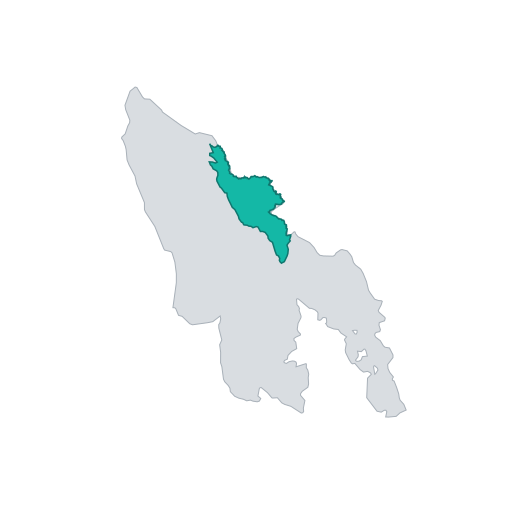 At-Bashy, Naryn, Kyrgyzstan shown in context, rotated 246°
{"feature_id": "92254566B65067062849500", "entity_name": "At-Bashy", "entity_type": "district", "adm_level": 2, "iso_a3": "KGZ", "parent_name": "Kyrgyzstan", "parent_adm1": "Naryn", "projection": "orthographic", "projection_center": [76.301, 40.827], "detail": "fine", "context": "in_parent", "style": "filled", "palette": "teal", "viewbox_px": 512, "rotation_deg": 246, "n_neighbors": 0, "source": "geoboundaries", "source_scale": "gbopen_adm2", "svg_char_len": 9531}
<svg xmlns="http://www.w3.org/2000/svg" viewBox="0 0 512 512"><g transform="rotate(246 256 256)"><path d="M118.3,300.2L119.6,299.5L123.5,298.9L131.3,298.6L133.9,299.3L139.1,302.8L143.2,302.7L143.9,303.1L145.3,305.9L151.2,302.2L155.4,301.3L157.7,297.4L162.3,292.8L166.1,292.2L166.1,293.0L166.8,293.7L170.6,295.0L171.8,293.8L172.5,292.1L171.3,289.3L171.3,288.1L172.6,286.5L178.6,289.4L180.0,289.4L182.8,288.0L185.5,285.5L186.5,283.5L199.2,277.4L200.2,276.3L200.0,275.4L194.8,273.6L192.5,274.4L190.3,274.3L189.0,273.3L182.7,272.7L181.3,271.9L177.3,267.0L172.2,263.8L169.7,263.8L166.6,264.9L165.7,264.3L165.7,259.8L165.2,257.1L163.4,256.4L161.1,257.3L154.8,255.5L154.3,249.8L152.2,244.8L149.0,242.6L149.0,239.6L147.9,238.3L146.9,238.6L145.5,240.0L146.0,243.3L145.3,246.6L144.4,248.2L142.9,249.4L141.3,249.3L138.5,247.5L137.4,257.5L136.9,258.1L133.5,256.5L130.7,256.9L126.6,256.1L123.6,254.2L117.7,252.0L115.0,250.0L113.6,243.2L112.1,240.7L110.6,240.0L104.1,241.9L97.8,237.4L94.6,236.3L93.8,235.0L94.1,233.5L104.5,226.7L108.8,221.8L111.4,219.8L117.8,217.9L119.5,213.3L120.0,212.8L126.5,210.9L133.8,207.2L134.0,206.0L133.4,205.0L127.3,200.8L123.9,202.4L122.1,200.1L122.3,197.8L124.7,194.1L126.6,192.3L127.5,188.6L130.2,186.3L133.1,182.5L136.5,179.5L142.5,177.4L145.8,178.4L148.9,178.0L153.8,176.3L156.7,176.2L168.8,179.8L172.9,180.2L182.3,184.5L189.7,186.7L193.2,190.6L205.2,192.7L208.4,194.0L209.6,195.8L212.9,198.2L215.8,198.9L213.6,189.8L214.8,184.5L219.0,170.0L221.1,167.9L230.9,164.0L233.3,161.1L240.3,161.3L241.7,160.8L242.6,159.1L263.9,172.3L272.1,176.0L283.4,179.4L293.0,180.6L294.7,179.9L298.6,174.9L300.4,174.7L324.2,175.6L341.3,172.9L343.8,173.0L350.2,175.8L370.4,176.3L378.3,178.0L390.9,177.1L396.2,177.3L405.9,180.6L409.2,181.3L415.5,181.6L417.9,181.0L419.2,181.7L420.8,186.2L426.9,191.8L429.2,194.8L431.4,196.0L442.7,196.5L447.0,197.6L457.8,208.0L459.5,214.3L458.4,215.7L447.4,217.0L444.9,218.0L442.4,222.8L427.7,229.1L425.5,229.1L405.8,240.6L392.2,250.1L391.7,254.5L383.8,264.7L377.6,266.1L372.5,265.9L363.9,269.1L353.0,268.2L349.2,268.4L342.0,267.1L339.1,267.9L336.1,269.9L331.8,278.0L330.1,279.8L329.3,281.7L328.7,285.6L327.1,289.7L323.5,296.0L320.4,298.9L317.5,300.7L315.2,296.9L311.5,299.5L308.0,299.0L305.8,299.7L300.9,303.0L293.6,302.9L292.9,301.7L291.5,292.6L290.3,288.3L289.2,287.3L288.0,287.2L277.5,294.2L272.7,295.4L268.7,295.6L263.6,293.4L262.5,293.9L261.6,295.0L261.2,296.5L262.6,300.6L262.2,301.4L259.9,301.3L256.6,302.2L246.4,310.4L240.1,312.5L234.2,313.2L230.7,314.6L228.6,317.7L224.5,326.3L224.6,328.1L226.2,330.5L227.2,335.8L226.9,337.2L223.6,341.4L219.6,342.6L216.4,343.2L210.4,342.4L207.2,343.2L201.4,346.3L196.6,346.8L187.7,346.5L179.0,344.9L176.1,345.2L168.3,346.8L165.5,349.8L164.0,352.5L163.2,352.9L160.2,350.2L156.5,345.5L154.5,345.5L147.4,348.8L146.4,348.6L144.5,347.1L145.0,341.5L142.8,340.2L138.1,339.7L136.6,338.3L137.3,334.7L136.8,333.3L135.6,332.2L133.2,332.3L128.1,335.1L122.2,335.8L120.2,336.7L117.7,340.5L109.9,340.9L107.5,339.8L103.3,332.1L99.4,330.8L95.3,330.8L89.6,332.3L88.4,330.6L87.0,330.1L85.6,331.3L78.9,331.0L72.0,330.3L68.2,329.2L65.6,329.0L60.4,330.7L54.2,330.5L54.1,323.6L52.5,318.8L55.0,311.4L56.2,309.0L60.6,312.2L62.3,311.9L62.9,310.4L62.4,306.9L65.0,303.4L81.5,299.5L99.0,308.2L101.0,313.2L102.6,313.1L105.2,311.1L106.2,307.0L109.9,304.9L117.7,302.6L118.3,300.2ZM126.6,317.6L127.0,316.9L125.8,313.3L127.8,310.0L124.2,309.3L122.4,308.2L120.5,304.7L119.8,304.5L118.7,305.3L118.0,307.5L118.4,309.9L120.8,312.3L119.3,317.0L124.7,317.9L126.6,317.6ZM107.6,319.7L107.5,318.7L106.3,318.1L99.6,316.4L99.8,317.3L102.2,321.0L104.1,321.3L107.6,319.7ZM148.1,315.9L148.6,313.8L144.5,314.8L143.9,315.9L145.2,317.4L147.0,318.0L148.1,315.9Z" fill="#d9dde1" stroke="#a8b0b8" stroke-width="1"/><path d="M239.3,279.6L243.3,284.3L245.3,286.1L249.0,288.2L253.3,288.7L254.5,290.5L255.9,293.4L257.2,293.2L259.8,295.7L260.5,295.9L261.6,296.9L261.0,296.2L261.0,295.9L260.7,295.3L260.8,295.2L261.2,295.3L261.5,295.2L261.6,294.7L261.6,294.3L261.9,293.5L261.8,293.2L261.8,292.8L262.6,292.0L263.7,292.5L264.1,292.5L264.7,293.1L265.3,293.2L265.7,293.5L265.6,293.8L265.9,294.1L266.9,294.6L267.0,294.8L267.7,295.3L267.9,295.3L268.1,295.5L269.2,294.8L269.6,295.3L269.9,295.5L270.2,295.4L270.2,295.7L270.5,295.9L270.9,295.7L271.4,296.1L271.7,296.0L271.9,296.4L272.3,296.3L272.5,295.8L272.8,295.7L273.2,295.3L273.3,295.3L273.8,295.1L274.0,295.4L274.9,295.4L275.4,295.8L276.1,295.8L276.5,295.8L276.8,295.9L277.4,295.8L277.4,295.2L278.2,294.7L278.1,294.2L278.8,294.2L279.0,294.3L279.8,293.7L279.8,293.4L279.7,293.3L279.8,293.0L280.3,292.5L280.8,292.3L280.8,291.7L281.2,291.8L281.4,291.6L281.7,291.5L282.4,291.0L282.8,291.1L283.0,290.8L283.8,290.8L284.0,290.6L284.6,290.2L285.0,289.5L285.3,289.5L285.6,288.9L285.8,288.3L286.4,288.2L286.7,287.6L287.8,286.8L288.2,286.7L288.5,286.3L289.3,285.9L289.7,285.9L290.4,285.5L290.7,285.4L290.8,285.5L291.0,285.4L291.0,285.6L290.8,285.9L290.8,286.1L290.7,286.3L291.3,286.3L291.5,286.6L291.3,286.9L291.5,287.0L292.0,287.4L292.1,287.6L291.8,288.1L291.7,288.7L291.8,289.8L291.7,290.3L291.8,290.4L291.7,291.1L292.4,292.0L292.3,292.3L292.6,293.1L293.0,293.2L293.3,293.6L293.7,293.4L294.1,293.5L294.0,293.8L294.3,294.2L294.6,294.2L295.4,294.8L295.2,295.1L295.3,295.3L294.8,295.7L294.9,296.2L294.5,296.6L294.2,296.8L294.2,297.1L293.8,297.3L293.7,297.9L293.4,298.5L293.4,299.3L293.1,300.0L293.1,300.5L293.8,301.0L293.8,301.3L294.0,301.5L293.9,302.1L294.2,302.4L294.3,302.5L294.5,303.0L294.2,303.2L294.1,303.5L294.2,303.9L294.3,303.9L294.5,304.1L294.8,303.9L295.0,303.8L295.3,303.6L295.3,303.3L295.7,302.9L295.9,302.9L296.0,303.4L296.5,303.0L297.4,303.2L297.8,302.7L298.4,302.5L298.4,302.4L298.5,302.3L298.6,302.0L299.2,301.8L299.4,302.5L300.1,302.7L300.6,302.5L300.8,302.7L301.1,302.6L301.3,302.9L301.7,302.9L301.9,303.1L302.2,303.1L302.3,303.6L302.7,303.5L302.8,303.3L303.0,303.1L302.9,302.9L303.1,302.6L302.8,302.2L302.8,301.7L303.5,301.2L303.6,300.8L304.1,300.3L304.2,300.0L303.9,299.8L304.0,299.6L304.7,299.3L305.0,299.4L305.3,299.3L305.5,299.4L305.5,299.8L305.8,299.9L306.0,300.1L306.1,300.5L306.4,300.7L307.4,300.5L307.2,299.7L307.0,299.3L307.5,298.9L308.0,298.9L308.2,298.6L309.0,298.7L309.2,298.9L310.1,298.5L310.5,298.5L310.9,298.9L311.2,298.9L311.9,299.3L312.5,299.4L312.9,298.9L313.4,298.8L313.7,298.4L314.1,298.2L314.3,297.7L315.0,297.5L315.0,297.3L315.4,297.1L315.8,296.5L316.3,296.9L316.0,297.8L316.6,298.1L317.2,298.1L317.3,298.7L317.8,299.0L317.4,300.1L317.7,300.3L318.1,301.3L318.4,301.2L318.3,300.8L318.4,300.5L318.8,300.1L318.8,299.6L319.2,299.0L319.8,298.9L319.8,299.4L319.9,299.6L320.6,299.4L320.9,299.0L321.3,299.1L322.0,298.9L322.2,298.7L322.1,298.3L322.4,298.2L322.6,297.7L322.8,297.6L323.2,297.6L323.4,297.4L323.5,297.0L324.4,297.1L324.4,296.2L325.6,295.2L325.5,294.8L325.6,294.7L325.5,294.1L325.7,293.9L325.7,293.3L325.4,293.1L326.1,291.9L326.0,291.6L326.3,290.9L326.7,290.6L326.9,290.2L327.7,289.7L327.8,289.2L328.1,289.1L328.0,288.4L328.3,288.1L328.9,287.9L329.3,288.0L329.6,287.6L329.9,287.5L329.8,286.9L329.6,286.2L329.7,285.9L330.0,285.5L329.9,284.7L330.4,284.3L330.6,284.0L330.3,283.3L329.7,282.9L329.6,282.5L329.6,282.0L329.5,281.8L329.3,281.3L329.5,280.9L329.3,280.7L330.4,280.1L330.4,279.7L331.0,280.0L331.4,279.7L331.6,279.4L331.7,279.0L331.9,278.6L331.9,278.4L332.0,278.4L331.9,278.2L332.6,278.0L332.3,277.9L332.2,277.3L332.2,276.8L332.7,276.7L332.4,276.2L333.0,275.1L333.0,274.7L332.9,274.3L332.7,274.1L332.6,273.9L332.8,273.6L332.9,273.2L333.5,272.4L333.4,271.9L333.5,271.4L333.8,271.4L334.4,271.0L334.9,271.0L335.0,270.6L335.8,270.2L336.5,270.2L336.8,270.4L337.1,270.2L336.9,269.2L337.6,268.3L337.6,268.0L337.7,267.9L338.2,267.7L338.6,268.2L339.0,268.2L339.8,267.8L340.8,267.1L340.8,266.9L341.0,266.8L341.2,266.2L342.3,265.5L343.0,265.9L343.0,266.2L343.7,266.2L344.0,266.0L345.0,266.1L345.6,265.9L345.8,266.3L346.1,266.4L346.4,266.6L346.2,267.2L346.8,267.7L347.6,267.7L347.7,268.0L348.5,268.3L348.7,268.5L349.3,268.5L349.3,267.8L350.1,267.8L350.9,267.5L351.5,267.7L351.3,268.1L352.2,268.3L352.1,268.5L352.7,268.9L353.9,268.5L354.0,268.3L353.9,268.0L355.4,267.2L355.6,266.9L355.8,267.0L356.3,266.9L356.3,267.3L356.5,267.5L357.2,267.2L357.5,267.0L357.6,267.4L357.7,267.6L358.0,267.5L358.2,267.8L359.8,267.8L359.9,268.0L359.6,268.4L359.6,268.8L360.1,269.0L361.0,268.9L361.3,269.0L361.8,268.7L362.4,268.8L362.8,268.6L363.3,269.0L364.0,269.1L364.0,268.7L364.4,268.7L364.7,268.4L365.0,268.3L365.2,268.6L365.5,268.6L365.8,268.3L366.2,268.2L366.3,268.0L366.5,268.4L366.8,268.6L367.8,268.6L368.0,268.4L368.3,268.4L368.3,268.2L368.6,268.0L369.0,267.8L369.3,267.7L369.4,267.2L370.7,268.0L370.8,267.9L370.8,267.7L371.1,267.6L371.1,267.2L371.7,266.3L372.4,266.5L372.8,265.8L372.1,265.0L371.9,263.8L372.0,263.6L371.9,263.3L372.0,262.7L372.7,261.6L373.3,261.1L374.5,260.6L374.8,260.3L374.9,260.0L375.5,259.7L376.3,259.4L376.6,259.5L377.4,259.3L367.8,259.0L368.6,255.5L366.6,254.6L365.4,255.7L362.7,257.3L357.5,258.7L357.4,256.8L359.5,254.5L361.0,251.6L357.8,251.4L356.0,252.2L353.0,252.3L349.9,254.7L347.9,255.1L345.2,254.0L343.4,252.2L342.2,251.3L340.3,250.8L333.5,251.2L332.2,252.0L326.5,253.2L325.3,255.0L322.0,254.0L318.3,253.8L314.3,254.0L310.1,254.1L307.0,255.6L299.6,256.1L296.8,255.6L292.8,256.5L292.0,257.4L289.6,257.5L289.2,257.8L287.7,260.5L286.2,261.6L285.1,263.6L283.1,264.7L282.8,268.2L281.7,269.6L276.6,270.0L275.7,272.1L273.8,274.0L269.4,275.0L267.3,274.3L264.5,274.8L261.8,276.6L252.6,275.4L248.6,275.2L247.0,276.5L244.1,276.7L242.6,275.6L241.0,275.6L239.1,276.3L239.3,279.6Z" fill="#14b8a6" stroke="#0f766e" stroke-width="1.5"/></g></svg>